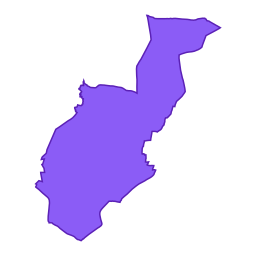 Huai Rat, Buri Ram, Thailand
{"feature_id": "78962969B72247490671236", "entity_name": "Huai Rat", "entity_type": "district", "adm_level": 2, "iso_a3": "THA", "parent_name": "Thailand", "parent_adm1": "Buri Ram", "projection": "orthographic", "projection_center": [103.226, 15.006], "detail": "fine", "context": "isolated", "style": "filled", "palette": "violet", "viewbox_px": 256, "rotation_deg": 0, "n_neighbors": 0, "source": "geoboundaries", "source_scale": "gbopen_adm2", "svg_char_len": 5398}
<svg xmlns="http://www.w3.org/2000/svg" viewBox="0 0 256 256"><path d="M83.8,80.8L83.7,81.4L83.6,81.5L83.3,81.7L83.2,82.2L83.3,82.6L83.4,83.2L83.3,83.7L83.2,84.9L83.3,85.0L83.6,85.2L83.6,85.3L83.6,85.5L83.3,85.6L82.5,85.4L82.2,85.3L81.2,85.3L80.9,85.4L80.7,85.9L80.6,86.0L80.7,86.4L80.6,86.6L80.1,87.1L80.0,87.6L80.0,88.0L79.7,88.5L79.0,88.5L78.9,88.7L78.9,89.0L79.2,89.4L79.5,89.6L80.1,89.9L80.6,90.5L81.0,90.9L81.4,91.2L81.6,91.5L81.4,92.3L81.1,92.5L80.9,92.8L80.4,93.0L80.0,93.6L79.9,93.9L79.8,94.6L80.0,94.7L80.6,94.3L80.8,94.3L80.8,94.6L80.5,95.0L80.4,95.7L80.1,95.9L80.1,96.0L80.0,96.7L80.0,96.8L80.4,96.9L80.6,96.8L81.0,96.3L81.7,96.4L81.8,96.6L81.7,96.7L81.6,96.8L81.3,96.9L81.2,97.1L81.3,97.2L81.6,97.2L81.8,97.8L82.3,98.4L82.5,98.5L83.2,98.7L83.4,98.9L83.4,99.1L82.9,99.6L82.8,99.9L83.0,100.5L83.2,101.0L83.2,101.4L83.2,101.5L82.9,101.8L82.8,102.7L82.9,103.2L82.8,104.0L82.7,104.1L82.3,104.2L82.2,104.2L82.1,104.3L81.8,105.4L81.3,105.6L80.5,105.6L79.6,105.4L79.2,105.4L78.0,105.0L77.7,104.9L77.1,106.8L76.9,107.0L76.4,107.1L74.8,107.4L74.7,107.5L74.7,107.9L74.9,108.9L75.0,109.0L75.3,109.2L75.3,109.9L75.6,109.9L75.8,110.2L75.6,111.2L75.6,111.4L75.6,111.5L75.9,111.8L76.0,111.9L76.4,112.0L76.5,112.2L77.0,112.5L76.3,113.7L74.5,115.9L72.7,117.8L70.5,119.4L68.1,120.8L59.9,126.6L55.8,129.3L47.0,149.7L46.4,152.7L46.1,153.5L45.6,153.9L42.5,156.7L42.0,157.4L41.3,159.5L44.3,159.0L42.6,164.4L41.9,164.4L41.8,164.5L44.0,168.3L44.6,172.4L40.7,172.4L40.8,173.5L42.3,181.6L38.9,180.7L35.7,183.9L36.6,184.4L36.6,184.5L36.6,184.8L36.4,185.6L36.2,186.0L35.8,186.7L35.7,186.9L35.8,187.1L37.6,188.5L39.0,189.6L42.6,193.0L47.3,197.0L47.9,197.6L48.6,198.5L49.0,199.4L49.3,200.3L49.5,203.0L48.9,209.6L48.2,216.2L48.1,220.0L48.2,220.9L48.5,221.7L48.8,222.0L49.0,222.2L49.1,222.3L49.2,222.8L49.6,222.6L49.8,222.7L49.8,222.8L51.5,222.8L52.0,222.9L52.2,223.0L52.8,223.7L54.6,224.8L55.8,225.4L57.6,226.2L59.0,227.4L59.9,228.3L65.8,232.8L67.3,233.8L71.4,235.3L72.6,235.8L73.8,236.4L74.2,236.6L75.0,237.3L75.4,237.8L76.8,239.0L77.5,239.5L79.1,239.8L79.4,239.9L80.3,240.4L80.6,240.5L81.3,240.6L82.8,239.0L83.0,238.9L83.2,239.0L83.4,239.0L84.5,237.8L88.9,234.3L95.5,229.6L97.7,228.0L99.1,227.2L100.8,225.9L101.4,225.2L101.8,224.5L101.9,223.8L101.7,222.7L100.7,219.4L99.8,214.8L99.8,212.9L100.2,211.5L101.0,210.0L101.6,209.2L102.8,207.8L108.7,201.6L109.1,201.2L109.3,201.3L110.1,201.2L111.5,201.3L112.1,201.2L112.3,201.1L112.5,201.1L113.8,201.3L115.0,201.3L117.5,201.9L120.0,202.3L120.4,201.3L120.5,201.0L121.2,200.3L121.8,198.7L122.1,198.4L124.2,196.5L127.2,194.0L132.2,189.1L135.7,186.3L136.6,185.6L137.7,184.8L139.0,183.9L142.2,182.2L144.8,180.8L146.8,179.5L150.3,177.6L151.5,176.8L152.7,175.8L153.8,174.6L154.0,174.2L154.5,172.7L154.9,172.0L155.7,170.1L155.4,170.0L154.8,169.8L154.1,169.7L153.0,169.8L152.6,169.9L152.7,168.8L153.6,166.6L153.8,165.6L151.8,165.5L150.4,165.6L149.8,165.6L148.5,165.4L147.9,165.3L147.2,165.0L147.1,164.9L147.8,163.9L148.6,161.9L147.2,162.1L146.9,162.2L146.6,162.1L145.5,161.9L145.7,160.5L145.7,159.2L146.0,158.7L146.0,157.4L145.9,154.9L144.6,154.9L144.5,154.1L143.3,154.0L143.2,154.0L143.2,153.8L142.2,153.9L142.0,152.7L142.2,148.7L142.6,147.3L142.9,146.8L143.2,146.2L143.4,146.2L143.7,144.1L143.9,143.3L144.2,142.4L144.4,140.9L145.3,140.9L146.1,140.7L148.3,140.4L149.7,140.3L150.6,140.3L150.7,140.0L150.9,138.0L151.1,137.2L151.4,135.4L151.7,133.9L151.9,132.1L152.1,131.4L154.3,131.4L155.1,131.4L156.7,131.7L157.2,132.0L159.0,130.7L160.4,129.9L161.2,129.1L161.9,128.0L162.5,126.5L162.9,126.0L163.3,125.7L163.5,125.5L163.7,125.0L163.9,125.0L164.2,124.0L164.1,123.6L164.2,123.3L164.5,122.9L164.8,121.6L164.9,121.1L164.8,120.2L165.3,118.4L165.5,117.9L166.6,117.9L167.2,117.8L167.3,117.4L167.6,117.2L167.9,117.2L169.1,115.9L170.8,114.1L171.1,113.1L171.3,111.7L172.0,110.1L172.4,108.3L173.0,106.3L174.8,106.6L175.2,104.7L176.5,101.4L179.0,99.2L181.4,96.9L182.0,96.3L184.4,92.9L185.1,91.8L185.2,91.6L185.0,89.8L184.8,88.3L183.9,83.8L183.1,80.2L182.4,78.1L180.6,70.3L179.3,60.7L179.0,58.1L179.1,55.0L181.3,54.0L185.1,52.8L186.9,52.3L189.0,52.0L191.9,51.7L194.3,51.2L198.3,49.6L200.4,48.4L201.9,47.1L202.6,44.7L206.0,35.6L216.5,30.0L219.3,28.4L220.3,27.7L209.6,21.6L209.0,21.1L208.5,21.0L207.0,20.7L206.8,20.6L206.6,20.1L206.3,19.7L206.1,19.2L205.4,18.9L205.1,18.5L204.9,18.5L204.8,18.3L204.4,18.2L204.1,18.2L203.6,18.3L202.8,18.2L198.0,18.9L195.7,19.9L193.9,20.1L193.5,20.2L191.8,20.0L190.9,20.0L189.6,19.7L187.4,19.4L186.0,19.3L182.3,19.1L175.5,18.4L174.0,18.4L172.5,18.6L172.0,18.7L170.8,18.4L170.6,18.4L169.8,18.6L168.5,18.7L167.5,18.6L165.0,18.7L160.7,18.7L157.9,18.7L154.7,18.5L153.6,17.7L153.2,17.4L149.8,16.6L149.4,16.5L148.8,16.0L148.2,15.6L147.7,15.5L146.9,15.4L147.6,17.4L148.3,21.2L148.8,24.4L150.6,34.9L151.1,39.8L147.1,47.7L141.0,59.2L139.3,61.7L137.8,64.4L136.8,66.1L136.5,68.9L136.7,75.7L137.0,79.5L137.0,82.4L136.9,86.7L137.0,93.2L135.0,92.1L132.5,91.2L131.0,90.8L128.3,90.7L127.9,90.7L127.2,90.5L126.5,90.5L126.2,90.4L125.6,90.0L123.2,88.4L121.6,87.6L120.5,87.4L118.2,87.1L116.2,86.7L113.6,86.1L112.9,86.0L111.7,85.9L111.1,86.0L105.6,85.3L104.9,85.2L104.2,85.1L100.3,84.9L99.2,85.1L98.7,85.3L96.0,87.6L95.4,87.7L94.8,87.8L94.2,87.7L91.2,87.5L90.4,87.4L88.6,86.3L87.5,85.9L87.3,85.7L87.1,85.6L87.0,85.0L86.3,84.7L86.1,84.5L85.8,84.4L85.4,84.1L85.1,84.0L84.4,83.0L84.1,82.8L83.9,82.6L83.9,82.3L84.0,81.3L83.8,80.8Z" fill="#8b5cf6" stroke="#5b21b6" stroke-width="1.5"/></svg>